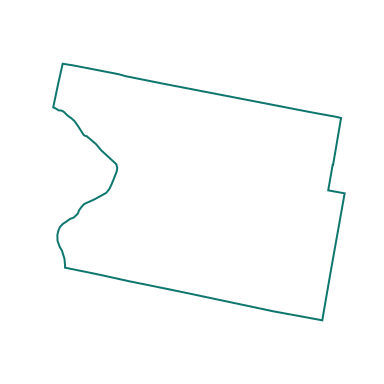 Madison, Illinois, United States of America, rotated 11°
{"feature_id": "52423323B93298735954230", "entity_name": "Madison", "entity_type": "district", "adm_level": 2, "iso_a3": "USA", "parent_name": "United States of America", "parent_adm1": "Illinois", "projection": "equal_earth", "projection_center": [-90.091, 38.828], "detail": "fine", "context": "isolated", "style": "outline", "palette": "teal", "viewbox_px": 384, "rotation_deg": 11, "n_neighbors": 0, "source": "geoboundaries", "source_scale": "gbopen_adm2", "svg_char_len": 916}
<svg xmlns="http://www.w3.org/2000/svg" viewBox="0 0 384 384"><g transform="rotate(11 192 192)"><path d="M97.7,90.4L51.2,90.4L40.6,90.8L40.0,110.1L39.6,135.4L42.3,136.0L45.5,137.3L48.1,137.0L49.4,137.2L51.1,137.9L54.9,140.5L60.0,142.9L63.2,144.9L67.5,149.0L69.4,151.0L74.6,156.5L75.7,157.1L77.9,157.3L79.4,158.1L88.5,163.2L95.2,168.6L112.3,179.1L114.0,182.5L114.2,186.1L111.7,199.3L110.3,204.8L107.9,209.3L97.3,218.1L88.5,224.3L86.3,227.9L84.6,231.6L84.1,235.0L80.9,239.5L77.4,241.8L71.1,248.2L69.0,251.7L68.5,254.1L68.4,254.5L68.1,256.5L68.1,260.2L69.3,265.5L72.5,270.9L72.5,271.0L74.5,273.2L75.6,274.5L79.6,282.0L81.2,287.5L81.8,290.5L120.7,290.9L122.8,291.0L146.4,291.6L195.1,292.0L294.3,293.6L344.4,293.1L344.2,286.7L343.3,241.6L342.1,164.2L325.4,164.4L324.9,138.4L325.3,138.4L324.2,90.9L318.1,90.7L297.7,91.0L144.4,91.2L110.2,91.0L105.5,91.0L97.7,90.4Z" fill="none" stroke="#0f766e" stroke-width="2"/></g></svg>